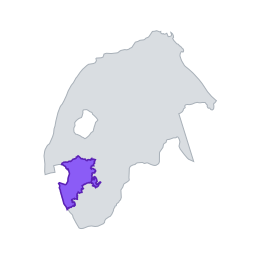 where Mpumalanga sits in South Africa, rotated 164°
{"feature_id": "ZAF-1209", "entity_name": "Mpumalanga", "entity_type": "Province", "adm_level": 1, "iso_a3": "ZAF", "parent_name": "South Africa", "parent_adm1": "", "projection": "natural_earth1", "projection_center": [29.909, -25.737], "detail": "fine", "context": "in_parent", "style": "filled", "palette": "violet", "viewbox_px": 256, "rotation_deg": 164, "n_neighbors": 0, "source": "natural_earth", "source_scale": "10m", "svg_char_len": 8506}
<svg xmlns="http://www.w3.org/2000/svg" viewBox="0 0 256 256"><g transform="rotate(164 128 128)"><path d="M178.0,42.8L184.0,41.9L186.8,42.4L190.1,43.9L193.2,44.4L198.4,43.9L200.2,44.1L201.6,44.6L202.6,45.4L204.1,51.1L205.4,57.3L205.3,59.3L205.5,60.1L207.0,62.7L207.5,64.3L208.4,65.7L210.3,72.3L210.5,73.4L210.4,89.4L209.6,91.3L210.0,93.8L209.1,94.1L203.9,90.9L203.0,91.1L201.6,92.3L200.2,94.1L199.6,95.7L197.0,100.0L196.8,102.8L197.0,105.1L197.9,105.2L198.5,106.9L199.9,109.5L202.3,111.3L204.5,112.0L207.5,112.2L210.0,112.2L209.9,110.4L210.4,105.5L214.5,106.1L220.5,106.0L220.1,109.1L217.8,116.3L216.4,124.4L214.6,128.4L213.6,130.1L210.7,133.1L209.1,134.1L207.9,134.4L202.9,140.4L201.0,143.3L199.3,147.6L197.7,149.9L195.3,154.8L191.1,162.1L187.5,166.9L186.0,168.3L184.9,168.9L182.1,171.7L178.2,176.2L175.2,180.2L170.7,184.7L168.0,186.6L164.1,190.5L163.1,191.1L158.7,194.7L155.5,196.9L150.4,199.4L148.4,200.1L143.5,199.5L141.5,199.8L139.8,201.4L139.7,203.6L139.0,203.9L134.5,202.9L132.6,203.0L131.6,204.2L130.7,205.7L128.2,205.8L123.6,204.2L118.2,203.3L117.0,203.2L114.4,204.3L113.5,204.5L109.7,204.3L107.6,203.5L105.6,203.5L104.1,204.1L102.2,204.3L97.3,208.5L94.6,208.5L92.4,209.0L88.4,208.4L87.3,208.7L86.1,209.4L83.4,209.7L82.4,210.3L77.9,214.1L76.0,213.7L73.6,213.6L70.9,211.6L69.9,211.8L70.1,211.2L70.2,210.1L69.2,209.0L68.1,209.1L67.5,208.2L65.9,208.1L64.6,208.4L64.2,204.9L63.6,204.5L62.0,204.5L61.2,204.6L60.8,204.9L60.4,205.7L60.5,208.1L59.9,207.4L59.2,206.0L59.0,204.4L59.2,202.6L60.4,201.9L59.9,199.6L57.9,195.5L56.7,194.7L55.7,192.6L54.8,191.9L54.4,190.4L53.4,189.3L53.1,187.4L53.5,186.4L54.3,185.8L55.1,186.7L56.1,186.4L57.4,185.0L58.2,183.0L58.1,179.8L57.9,177.8L56.6,172.7L56.0,171.5L53.4,167.8L50.3,162.8L46.4,155.0L44.5,150.3L41.5,140.8L39.0,135.4L35.9,130.4L35.5,130.1L35.9,129.5L37.5,128.3L38.2,128.0L38.5,128.1L38.9,127.8L39.2,127.0L39.4,125.3L40.1,123.4L40.7,122.6L42.1,122.1L43.2,122.8L43.6,123.5L43.8,124.4L44.3,124.8L45.1,124.8L45.6,125.3L45.9,126.5L45.9,127.3L45.5,127.8L45.6,128.5L46.1,129.3L46.8,131.2L49.6,132.1L51.2,132.2L52.8,132.7L54.2,133.5L56.6,133.7L59.8,133.3L62.5,133.5L64.6,134.3L66.1,134.4L67.1,133.9L67.5,133.2L67.3,132.2L67.8,131.6L68.8,131.4L69.6,130.7L70.3,129.5L71.7,128.5L74.0,127.8L75.2,127.8L74.1,77.7L78.3,81.2L79.3,82.8L81.4,87.5L83.6,93.2L84.0,96.0L83.9,96.6L81.9,100.4L81.8,102.3L82.1,104.5L82.6,105.6L83.3,106.0L84.7,105.4L87.0,106.0L91.3,105.7L93.5,106.0L94.0,105.8L94.5,105.4L95.1,104.1L95.6,103.6L97.6,103.1L98.5,102.3L99.8,99.7L104.1,96.2L104.6,95.4L107.1,87.0L107.9,85.8L109.1,85.0L111.5,84.4L112.9,84.7L114.4,85.5L116.1,86.7L118.7,89.0L119.5,89.3L122.1,89.4L123.6,90.9L128.4,91.9L129.8,91.8L131.2,91.0L133.6,91.1L136.3,90.5L137.8,89.0L140.8,79.9L141.1,77.9L141.5,77.3L143.9,76.3L146.9,75.5L147.6,75.1L149.4,72.5L151.9,70.4L153.6,63.1L154.7,61.4L155.4,60.7L155.8,60.7L156.5,60.2L157.3,59.3L158.3,58.8L159.4,58.5L160.1,57.9L160.4,57.0L161.0,56.5L161.9,56.5L162.3,56.2L162.4,55.6L164.3,54.0L164.3,53.4L165.4,51.8L167.5,49.4L169.4,48.0L171.3,47.7L174.6,46.5L175.9,45.3L176.6,43.7L178.0,42.8ZM172.6,150.7L175.6,149.4L177.8,147.8L178.3,144.8L180.0,143.0L180.6,141.3L181.0,139.0L180.0,136.5L178.6,135.8L176.1,133.7L175.0,132.2L173.5,131.0L172.4,129.6L170.7,130.0L168.0,131.2L166.4,132.3L165.0,133.5L162.4,134.5L160.1,138.5L159.4,139.4L157.5,142.4L154.9,143.8L154.8,144.3L155.7,146.7L157.0,149.1L158.3,151.1L158.2,152.3L158.7,153.2L159.8,153.9L161.8,156.3L162.8,157.1L165.7,157.7L166.2,157.5L167.0,156.1L167.1,155.0L169.0,151.9L169.9,150.9L172.6,150.7Z" fill="#d9dde1" stroke="#a8b0b8" stroke-width="1"/><path d="M209.2,69.4L210.2,71.9L210.5,72.9L210.5,74.0L210.4,74.9L210.4,85.8L210.2,86.5L210.2,86.9L210.2,87.3L210.2,87.7L210.3,88.0L210.4,88.3L210.5,89.1L210.5,89.4L210.5,89.6L210.4,89.7L210.3,89.8L210.1,89.9L210.0,90.1L209.5,91.5L209.5,91.8L209.5,92.3L210.0,93.8L209.3,94.2L209.0,94.3L208.7,94.1L204.1,90.9L203.8,90.8L203.4,90.8L203.0,90.9L202.7,91.1L200.6,93.2L200.4,93.4L200.2,94.2L199.6,95.8L198.9,97.2L197.0,99.8L196.7,100.8L196.8,104.2L196.9,105.1L197.0,105.4L197.3,105.4L197.5,105.2L197.8,104.9L198.1,105.7L198.2,106.0L198.6,106.3L198.7,106.5L198.7,106.8L198.7,107.1L198.6,107.7L198.7,108.0L198.9,108.5L200.1,109.6L200.6,110.5L200.8,110.7L200.9,110.8L201.9,111.2L201.3,112.1L200.9,112.4L200.4,112.4L198.9,112.9L198.6,112.8L198.4,112.6L198.2,112.4L197.6,112.4L197.4,112.5L197.1,112.5L196.9,112.3L196.4,112.1L196.2,112.0L196.1,111.9L195.7,111.8L195.4,111.8L195.0,111.9L194.8,112.0L194.6,112.2L194.4,112.3L193.6,112.1L192.9,112.2L192.7,112.1L192.7,111.8L192.6,111.7L192.4,111.6L192.2,111.7L191.9,111.9L191.6,111.9L191.2,112.1L190.9,112.3L190.5,112.6L189.8,112.9L189.7,113.0L189.4,113.2L188.5,112.9L188.3,113.0L188.1,113.2L187.4,113.1L187.2,113.0L186.6,113.1L186.3,113.2L186.2,113.3L186.1,113.5L185.9,114.0L185.7,114.3L185.3,114.2L185.0,114.1L184.9,114.1L184.6,114.2L184.5,114.3L184.4,114.4L184.4,114.7L184.1,114.8L183.9,114.9L183.8,115.0L183.7,115.0L183.5,114.9L182.7,113.7L182.7,113.4L182.4,113.1L182.1,112.7L182.0,112.4L181.9,112.2L181.8,111.7L181.6,111.5L181.1,111.2L180.6,111.3L180.4,111.2L180.4,110.9L180.2,110.8L180.0,110.7L179.8,110.5L179.4,110.4L179.2,110.2L178.6,109.9L178.3,109.9L178.2,109.9L178.0,110.1L177.9,110.1L177.7,109.9L177.6,109.7L177.5,109.2L177.3,109.0L177.3,108.9L177.2,108.6L177.2,108.4L176.5,108.0L176.3,107.9L176.1,107.9L176.0,108.0L175.9,108.1L175.7,108.2L175.6,108.3L175.4,108.6L175.2,108.6L174.9,108.4L174.7,108.5L174.3,108.4L174.2,108.3L173.2,107.6L172.7,107.4L172.3,107.6L172.5,107.8L172.7,108.0L172.3,108.1L172.1,108.2L172.0,108.3L171.5,108.8L171.3,108.8L171.4,108.5L171.5,108.3L171.5,108.2L171.2,108.1L171.1,107.9L170.9,107.6L170.7,107.5L170.4,107.6L170.3,107.8L170.2,107.8L169.9,107.6L169.9,107.4L169.8,107.2L169.6,107.1L169.4,107.1L169.1,107.1L168.9,107.1L168.4,106.7L168.2,106.6L168.7,106.2L168.7,105.7L168.9,105.5L169.1,105.3L169.4,105.0L169.9,104.7L169.7,104.1L169.8,103.4L170.4,103.3L170.5,103.0L170.7,102.9L170.9,102.8L171.0,102.7L171.2,102.4L171.3,102.1L171.3,101.3L171.9,101.7L172.4,101.8L172.5,101.3L173.5,101.5L173.9,101.4L174.3,100.2L175.0,99.8L174.8,99.1L174.5,99.0L174.4,98.6L173.4,99.0L172.8,98.7L172.4,98.3L172.3,97.8L171.3,97.4L171.3,96.8L171.2,96.4L170.9,96.1L170.9,95.5L171.3,95.2L171.8,95.2L172.0,94.4L172.4,94.0L173.3,94.3L173.8,94.3L174.0,94.6L175.1,94.5L175.3,94.0L175.2,93.0L175.6,92.7L175.9,92.6L176.1,92.2L175.9,92.0L175.9,91.7L176.1,91.2L176.2,90.6L176.1,90.3L176.3,89.9L176.9,89.3L177.1,88.4L177.5,88.0L177.5,87.7L177.4,87.6L177.2,87.7L176.9,87.8L176.5,88.1L176.6,88.5L175.9,88.9L175.6,88.3L175.4,88.1L175.1,88.3L175.1,88.0L174.9,87.6L174.3,88.1L174.5,88.7L175.0,89.4L174.9,89.6L174.6,89.4L174.4,89.6L174.6,89.9L174.6,90.2L173.9,90.4L173.9,89.6L173.5,89.3L173.3,90.1L172.8,89.8L172.3,87.9L172.3,87.2L172.3,86.5L172.5,86.1L172.3,85.3L173.5,84.6L173.8,83.9L174.1,83.9L173.7,82.3L173.2,82.4L172.1,82.9L171.1,83.3L170.7,83.5L170.1,83.8L169.6,83.8L169.4,83.7L169.2,83.3L169.3,83.2L169.8,82.9L170.3,82.6L170.4,82.4L170.6,82.2L170.9,82.1L171.2,82.1L171.6,81.9L172.3,81.5L172.1,81.0L172.1,80.8L172.9,80.3L173.5,80.0L173.8,79.9L174.0,79.9L174.6,80.0L175.6,79.5L175.8,79.9L175.4,80.2L175.5,80.8L175.8,80.8L176.2,81.7L176.8,81.5L177.4,81.7L178.0,82.3L177.5,82.8L177.0,82.7L177.0,83.7L177.0,84.4L177.6,84.7L177.7,85.1L178.4,84.9L178.5,85.3L178.2,86.1L178.7,85.8L178.9,86.3L179.4,86.2L179.6,85.9L180.4,85.9L180.6,86.3L181.1,86.4L181.8,86.2L182.5,86.4L183.6,86.2L184.2,85.8L185.3,86.1L185.5,85.7L186.3,85.8L186.6,85.5L187.2,85.3L187.9,85.3L187.9,84.1L188.0,82.8L187.6,82.0L188.3,81.7L188.9,82.2L189.3,82.4L189.5,82.3L189.6,81.2L190.0,81.1L189.9,80.6L189.9,79.6L190.0,78.8L191.9,79.1L192.1,78.8L192.7,78.7L193.5,80.1L193.8,79.6L194.9,78.9L195.4,78.3L195.4,77.7L195.1,77.4L195.1,77.2L195.6,77.1L196.1,76.7L195.8,76.1L195.5,75.6L195.9,75.2L196.2,75.1L196.2,74.1L196.2,73.6L196.3,73.4L196.6,73.5L197.8,74.4L198.9,74.3L199.0,75.1L199.9,74.9L201.8,74.7L202.2,74.1L201.7,73.0L201.2,73.1L201.1,72.3L202.0,72.1L201.5,71.4L200.8,71.5L199.9,71.5L199.8,69.7L200.4,69.3L200.5,68.9L200.5,68.5L200.1,68.4L200.2,68.2L200.7,68.1L201.1,68.0L201.3,67.6L201.6,67.6L201.9,68.1L202.1,68.5L202.4,68.2L202.6,68.2L203.0,68.2L203.3,68.0L203.5,67.9L203.8,67.9L204.1,67.8L204.3,67.5L204.4,67.4L205.0,67.6L205.2,67.8L205.4,67.8L205.6,67.6L205.8,67.6L205.9,67.8L206.0,67.8L206.3,67.5L206.4,67.4L206.5,67.3L206.8,67.5L206.9,67.8L207.2,67.8L207.4,67.8L207.5,67.8L207.5,67.7L207.6,67.3L207.6,67.2L208.1,66.7L208.3,66.6L208.5,66.7L208.9,66.7L209.0,66.6L209.1,68.8L209.2,69.4Z" fill="#8b5cf6" stroke="#5b21b6" stroke-width="1.5"/></g></svg>